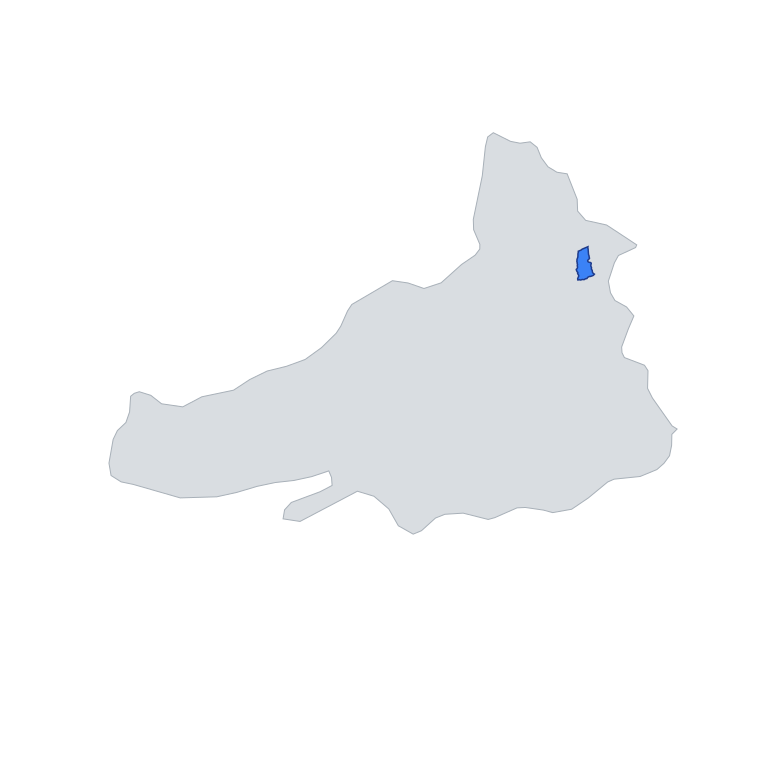 Postrer Rio, Independencia, Dominican Republic shown in context, rotated 157°
{"feature_id": "3306468B53759087220335", "entity_name": "Postrer Rio", "entity_type": "district", "adm_level": 2, "iso_a3": "DOM", "parent_name": "Dominican Republic", "parent_adm1": "Independencia", "projection": "orthographic", "projection_center": [-71.638, 18.58], "detail": "fine", "context": "in_parent", "style": "filled", "palette": "blue", "viewbox_px": 768, "rotation_deg": 157, "n_neighbors": 0, "source": "geoboundaries", "source_scale": "gbopen_adm2", "svg_char_len": 4035}
<svg xmlns="http://www.w3.org/2000/svg" viewBox="0 0 768 768"><g transform="rotate(157 384 384)"><path d="M133.3,505.9L134.0,478.6L138.2,467.5L134.4,455.8L117.0,443.4L106.4,427.5L97.0,413.3L99.1,411.3L118.0,410.7L124.6,405.5L137.3,391.0L139.9,379.4L138.8,370.6L130.6,360.1L127.4,349.0L137.5,339.3L150.8,325.2L152.7,319.8L152.4,314.4L136.9,299.5L135.8,293.1L143.1,277.0L142.4,266.3L135.2,232.9L131.8,228.0L138.7,225.2L143.2,215.2L149.2,206.4L157.3,201.6L166.3,198.6L184.4,198.8L209.4,206.5L216.4,206.4L240.4,199.3L260.2,195.4L279.0,199.7L286.6,205.7L302.1,215.1L309.9,218.0L334.3,217.7L341.0,218.6L361.6,234.2L378.9,240.3L389.0,240.5L406.9,234.3L415.8,234.4L426.2,247.9L428.4,267.1L437.1,284.6L450.4,295.7L515.0,290.3L529.6,299.3L524.7,307.0L515.6,311.2L484.9,309.8L471.4,310.9L468.8,318.5L468.8,325.6L486.8,327.0L504.6,330.4L522.6,335.8L541.0,339.4L561.6,341.7L582.0,345.5L616.1,358.8L654.1,389.6L664.2,396.6L671.0,406.4L668.1,418.6L655.0,438.8L647.6,445.3L636.6,449.4L629.1,457.7L622.0,471.7L617.5,473.0L612.3,472.5L603.1,464.7L596.5,452.7L578.2,441.6L556.7,443.4L524.9,437.1L505.7,440.6L486.5,441.6L466.8,438.4L447.0,437.4L427.3,441.9L408.2,449.4L401.2,454.1L389.0,465.5L382.5,469.8L335.9,475.8L322.4,467.6L309.9,456.3L291.9,454.8L266.0,463.7L249.7,467.0L243.1,470.8L241.2,475.1L241.2,491.0L237.5,500.6L212.2,537.2L197.9,562.9L192.0,570.9L185.2,572.6L172.7,557.9L164.7,552.5L154.8,549.8L150.6,542.0L150.8,530.8L148.2,519.9L142.1,511.4L133.3,505.9Z" fill="#d9dde1" stroke="#a8b0b8" stroke-width="1"/><path d="M164.9,404.0L164.1,403.8L163.6,403.7L163.4,403.6L163.1,403.4L162.6,403.0L162.4,402.9L161.9,402.8L160.9,402.8L160.6,402.7L160.4,402.6L160.0,402.4L159.7,402.2L159.2,402.0L159.0,401.9L158.7,401.9L158.4,401.9L158.2,402.0L157.8,402.1L157.6,402.2L157.4,402.2L157.2,402.1L156.9,402.0L156.7,401.9L156.3,401.9L155.9,401.8L155.6,402.1L155.4,402.2L155.2,402.3L154.8,402.5L154.4,402.6L154.2,402.7L153.9,402.7L153.4,402.7L153.0,402.7L152.8,402.7L152.6,402.6L152.1,402.4L151.9,402.3L151.6,402.3L151.3,402.3L150.6,402.2L149.5,402.2L149.0,402.2L148.6,402.3L148.4,402.4L147.4,402.9L147.8,403.5L148.1,404.1L148.3,404.5L148.4,404.9L148.4,405.2L148.4,405.4L148.4,405.7L148.3,406.0L148.1,406.5L148.0,407.0L148.0,407.5L148.0,407.9L148.1,408.3L148.2,408.6L148.2,408.8L148.1,409.0L147.8,409.5L147.7,409.6L147.5,410.0L147.5,410.4L147.5,411.5L147.5,411.8L147.4,412.0L147.0,412.8L146.9,413.0L146.7,413.2L146.4,413.6L146.2,413.8L146.1,414.1L146.1,414.5L146.2,414.8L146.4,415.0L146.5,415.2L147.1,415.5L147.3,415.7L147.8,416.0L148.0,416.3L148.2,416.5L148.3,416.6L148.4,417.0L148.5,417.3L148.4,417.6L148.4,417.8L148.3,418.0L148.2,418.1L147.6,418.5L147.1,418.7L146.6,418.9L146.1,419.1L145.9,419.3L145.8,419.5L145.7,419.5L145.6,419.9L145.6,420.5L145.5,420.9L145.3,421.4L145.2,421.6L145.2,422.1L145.1,423.1L145.1,423.3L145.1,423.5L144.8,424.2L144.6,425.0L144.3,425.6L144.1,426.4L143.9,427.0L143.6,427.8L143.4,428.4L143.3,428.7L143.3,429.4L143.2,429.7L143.0,430.0L142.6,430.7L148.5,430.7L148.9,430.7L149.2,430.6L149.4,430.6L149.9,430.4L150.1,430.3L150.4,430.3L150.8,430.3L151.4,430.3L153.3,430.3L153.4,430.0L153.7,429.4L153.8,429.1L154.2,428.7L154.4,428.4L154.6,428.0L154.9,427.5L155.0,427.1L155.3,426.5L155.5,426.1L155.7,425.7L155.9,425.3L156.0,425.1L156.2,424.9L156.3,424.7L157.2,423.8L157.5,423.5L157.7,423.3L157.8,422.9L158.1,422.3L158.3,422.0L158.5,421.5L158.6,421.3L158.7,421.1L158.7,420.3L158.8,420.1L159.0,419.6L159.1,419.4L159.1,419.2L159.2,418.5L159.2,418.3L159.3,418.2L159.8,417.5L159.9,417.3L160.0,417.2L160.0,416.9L160.1,416.1L160.2,415.9L160.4,415.6L160.6,415.3L160.9,415.0L161.2,414.8L161.3,414.7L161.5,414.6L162.0,414.5L162.2,414.4L162.3,414.3L162.3,414.2L162.4,413.8L162.4,413.5L162.4,412.6L162.4,412.2L162.3,411.8L162.3,411.6L162.1,411.3L162.0,411.1L162.1,410.8L162.1,410.7L162.6,410.1L162.6,409.9L162.6,409.6L162.5,409.2L162.4,408.7L162.4,408.4L162.4,408.1L162.4,407.8L162.5,407.6L162.6,407.3L162.8,407.0L163.2,406.7L164.2,405.7L164.4,405.5L164.5,405.3L164.7,405.1L164.9,404.0Z" fill="#3b82f6" stroke="#1e3a8a" stroke-width="1.5"/></g></svg>